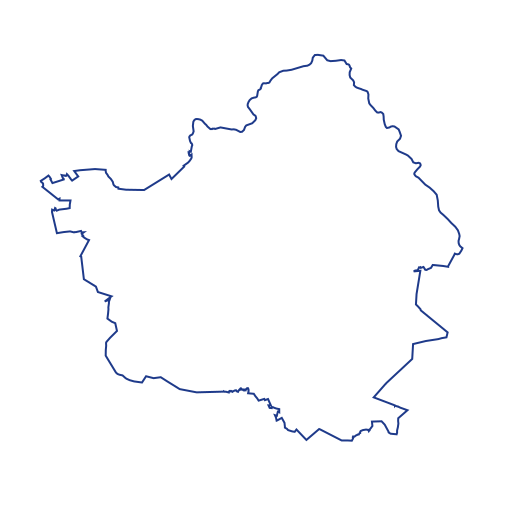 Tepic, Nayarit, Mexico (orthographic projection), rotated 354°
{"feature_id": "50627088B74559046187795", "entity_name": "Tepic", "entity_type": "district", "adm_level": 2, "iso_a3": "MEX", "parent_name": "Mexico", "parent_adm1": "Nayarit", "projection": "orthographic", "projection_center": [-104.883, 21.625], "detail": "fine", "context": "isolated", "style": "outline", "palette": "blue", "viewbox_px": 512, "rotation_deg": 354, "n_neighbors": 0, "source": "geoboundaries", "source_scale": "gbopen_adm2", "svg_char_len": 6014}
<svg xmlns="http://www.w3.org/2000/svg" viewBox="0 0 512 512"><g transform="rotate(354 256 256)"><path d="M332.0,449.7L333.5,447.5L333.5,446.9L333.3,446.3L333.7,445.6L335.0,446.0L336.0,445.3L336.9,444.8L337.8,444.6L338.3,444.2L339.5,444.3L340.5,443.0L341.1,442.9L341.2,441.9L341.8,441.0L344.1,440.3L347.4,440.1L348.8,440.6L349.1,440.5L349.5,440.6L349.9,441.9L350.3,441.4L350.8,441.2L351.1,440.3L352.3,439.1L354.0,437.2L354.0,432.8L363.6,433.5L366.4,437.2L369.5,444.7L369.4,445.2L369.5,445.4L371.3,446.8L377.2,448.0L377.4,447.3L377.8,446.8L378.1,444.2L379.2,441.1L380.1,437.5L380.1,434.9L380.5,432.2L390.5,425.2L383.6,421.9L381.9,420.8L381.6,420.8L381.3,420.4L380.3,420.2L378.7,419.3L378.5,419.5L378.5,419.1L358.3,408.9L371.3,396.9L371.8,396.6L372.2,396.1L400.6,374.7L403.0,360.0L416.0,358.3L428.7,357.7L432.2,357.1L436.9,356.8L438.6,352.0L414.2,327.3L414.0,326.1L411.9,323.2L410.0,320.9L411.7,310.6L417.9,287.9L411.2,287.8L412.5,287.2L412.7,287.5L413.2,287.1L415.4,287.0L417.0,284.3L417.7,284.6L418.3,284.3L418.7,285.0L421.4,284.4L422.6,286.7L422.6,287.1L423.7,287.7L424.5,287.6L425.2,287.2L428.8,286.1L430.8,283.4L441.1,285.5L445.9,286.8L445.9,286.4L453.0,276.1L454.0,274.4L455.1,275.0L456.7,275.4L458.4,275.0L460.8,272.1L462.2,269.8L460.1,267.7L459.3,266.2L458.9,264.4L459.0,262.2L459.7,260.4L460.6,257.5L460.4,255.3L459.5,251.6L457.3,247.8L453.6,243.5L450.6,239.4L446.6,234.7L444.1,232.1L442.8,229.7L442.4,226.0L442.6,219.8L442.1,214.0L439.5,210.2L435.8,206.1L431.8,202.7L425.8,195.1L423.3,193.4L422.5,192.2L422.0,191.1L422.1,190.3L422.8,189.3L425.7,186.5L428.5,184.2L429.3,182.8L428.9,181.1L427.5,180.3L424.7,180.5L422.2,179.3L420.8,175.7L417.6,172.0L415.9,170.8L408.7,166.6L407.1,164.3L406.7,162.1L407.2,159.4L408.4,156.9L411.5,154.4L412.8,151.6L411.8,147.3L411.1,145.0L407.3,141.7L405.5,141.2L403.6,141.4L402.2,142.1L399.6,142.4L398.6,141.2L397.8,138.3L397.3,133.8L397.5,130.6L397.4,128.1L396.2,126.6L395.0,125.9L392.9,126.2L391.5,125.9L389.8,123.8L388.2,121.1L385.7,117.9L384.6,116.1L384.1,111.1L384.7,107.1L384.2,104.6L383.4,103.6L379.2,101.7L377.9,100.9L375.6,99.9L373.6,98.9L372.5,98.0L371.2,96.3L371.7,93.5L371.0,91.5L368.4,88.4L368.0,85.8L368.4,83.0L370.3,79.5L369.3,78.2L368.9,76.4L368.5,75.5L367.7,75.0L366.2,74.6L364.4,70.8L361.1,70.0L355.8,70.2L350.5,70.0L347.3,68.8L343.9,63.8L338.5,62.4L335.5,62.3L333.2,64.7L332.4,67.6L331.0,70.0L329.2,71.3L327.0,72.1L323.1,72.2L310.9,74.5L305.8,74.8L302.5,74.6L298.3,75.7L296.4,77.3L290.7,81.0L288.8,83.0L287.4,84.9L286.3,85.2L285.3,85.1L284.1,85.4L281.7,85.0L281.0,85.1L280.4,85.7L279.5,86.8L279.0,88.3L278.4,89.0L278.4,89.8L278.0,90.3L277.1,90.9L275.8,91.3L275.1,92.4L273.9,96.8L273.4,97.7L272.3,98.2L270.4,98.3L268.1,98.8L266.0,100.3L264.7,102.0L263.7,103.9L263.4,105.2L263.6,106.9L265.1,109.3L268.3,115.0L269.8,116.2L270.3,116.9L270.6,119.0L269.5,120.9L266.1,123.6L260.0,125.1L258.7,126.4L257.2,129.4L255.1,131.0L253.3,131.0L249.4,128.4L247.2,127.7L244.9,127.6L234.1,124.4L228.6,125.4L228.1,125.0L226.8,124.9L226.0,124.8L225.6,125.2L223.9,125.0L221.3,122.2L220.2,120.4L219.0,119.1L216.7,115.8L214.8,114.5L212.7,113.8L210.7,113.5L209.4,114.0L208.5,114.8L207.7,116.0L206.8,120.1L207.0,125.5L206.1,127.4L205.3,128.5L203.3,129.2L202.3,130.2L202.0,130.9L202.4,134.6L203.1,136.8L203.7,137.2L204.1,138.1L204.2,139.1L203.6,140.3L202.1,145.4L201.5,145.1L201.6,145.4L200.7,145.4L200.5,145.8L200.3,145.7L200.1,146.0L199.8,145.9L199.8,146.4L200.3,146.5L200.0,147.5L200.0,148.5L200.3,149.1L200.7,149.1L200.7,149.4L200.9,149.4L201.2,148.6L201.9,148.6L202.5,148.3L202.3,151.2L201.8,152.3L199.9,154.5L198.2,156.0L193.4,158.7L193.9,159.6L180.0,170.6L178.1,165.9L151.6,178.7L133.7,176.5L126.2,174.7L126.2,173.4L124.0,172.8L122.1,170.8L121.7,169.9L121.3,167.2L119.7,164.2L117.5,161.5L116.8,159.7L115.5,157.5L115.4,155.5L115.5,154.6L105.0,152.7L89.9,152.3L84.1,152.5L87.5,158.3L81.0,161.8L79.9,160.3L79.4,159.2L79.1,158.9L78.0,156.8L76.5,154.8L75.8,156.4L74.6,156.4L74.2,155.9L72.7,155.7L71.2,155.2L72.0,158.2L72.8,159.2L72.8,159.8L61.2,162.2L59.6,158.3L60.1,157.9L59.0,155.7L58.0,154.3L54.0,156.7L49.8,158.8L50.0,159.7L51.5,161.2L51.8,161.8L51.7,163.9L51.4,164.5L50.8,164.9L65.1,179.0L66.6,178.4L66.4,180.2L77.3,181.4L76.2,185.3L75.7,188.9L72.4,189.2L65.3,189.3L62.5,190.1L61.8,189.2L61.7,187.7L61.2,187.3L60.3,189.4L60.0,189.7L58.1,188.6L57.7,190.9L60.4,212.5L67.1,212.1L73.7,212.1L77.5,213.5L77.9,213.3L79.5,213.4L84.6,212.8L85.0,214.1L85.2,214.3L87.2,214.4L85.0,215.7L86.2,217.8L85.5,218.1L87.1,219.8L89.7,221.8L91.6,222.7L81.3,237.9L82.1,238.4L82.4,261.1L93.6,269.7L95.0,275.3L108.1,281.0L100.8,285.4L105.9,284.1L105.0,286.0L104.8,287.6L103.8,291.6L103.7,293.5L102.9,297.6L101.7,302.7L105.7,306.3L109.0,308.1L109.9,316.0L102.3,322.1L98.3,325.8L97.8,326.7L97.6,329.7L96.8,333.7L96.1,339.4L104.5,357.2L105.9,358.8L107.8,359.8L110.8,360.8L113.5,363.8L114.5,364.6L117.4,366.3L121.7,368.0L129.4,369.9L134.1,364.1L141.4,366.8L148.6,366.6L154.6,371.4L166.2,380.4L182.7,385.4L209.6,387.5L209.8,387.2L210.4,387.7L211.8,387.8L214.7,388.9L215.0,387.9L215.5,387.5L216.1,387.9L216.4,387.6L218.0,388.4L218.0,388.0L218.6,388.3L221.3,387.4L222.2,387.5L222.6,388.5L223.9,389.2L224.5,388.1L225.4,387.7L225.2,387.6L225.4,387.2L225.9,387.0L226.3,386.5L226.9,386.0L227.2,386.0L227.5,386.6L226.6,386.9L226.7,387.3L227.5,387.2L227.9,387.4L228.3,387.1L229.1,387.6L230.0,387.4L230.3,387.6L229.3,388.1L229.5,388.3L230.2,388.5L230.4,388.3L231.4,388.5L231.4,388.3L231.0,387.9L231.7,387.5L232.3,387.7L233.4,386.5L234.3,386.7L234.6,388.1L234.4,389.5L234.5,389.6L233.8,391.7L239.4,392.8L240.7,395.3L242.3,397.7L243.5,400.1L249.3,399.0L249.8,400.3L253.0,399.5L255.1,406.0L252.8,405.8L253.7,408.5L255.7,408.9L255.9,407.8L257.4,408.3L258.3,408.9L260.5,409.9L263.1,410.7L262.8,413.6L262.6,413.4L261.5,413.0L260.0,417.1L258.2,416.3L259.0,418.8L259.3,421.9L260.0,421.7L264.7,419.7L266.9,424.9L266.9,429.1L266.8,429.7L268.7,431.1L269.7,432.5L273.6,434.2L276.1,434.9L278.1,432.8L286.9,444.2L300.7,434.7L301.7,435.2L321.9,448.4L327.7,449.0L332.0,449.7Z" fill="none" stroke="#1e3a8a" stroke-width="2"/></g></svg>